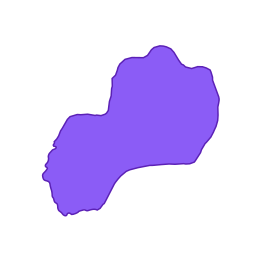 El Chol, Baja Verapaz, Guatemala (Robinson projection), rotated 72°
{"feature_id": "79465075B40581937082552", "entity_name": "El Chol", "entity_type": "district", "adm_level": 2, "iso_a3": "GTM", "parent_name": "Guatemala", "parent_adm1": "Baja Verapaz", "projection": "robinson", "projection_center": [-90.474, 14.95], "detail": "fine", "context": "isolated", "style": "filled", "palette": "violet", "viewbox_px": 256, "rotation_deg": 72, "n_neighbors": 0, "source": "geoboundaries", "source_scale": "gbopen_adm2", "svg_char_len": 2603}
<svg xmlns="http://www.w3.org/2000/svg" viewBox="0 0 256 256"><g transform="rotate(72 128 128)"><path d="M196.5,182.6L195.8,179.4L192.9,175.4L192.5,174.0L190.8,172.2L176.9,158.2L175.6,156.5L173.4,153.2L171.4,149.8L168.7,143.1L168.3,139.3L168.8,130.8L170.3,118.8L171.2,115.9L173.1,107.5L174.9,100.1L177.0,94.5L179.1,86.1L180.1,84.2L181.1,80.3L180.9,75.5L180.1,74.3L173.9,66.7L172.7,65.8L171.3,64.8L167.6,60.6L166.6,59.5L165.9,58.0L162.3,52.1L158.2,47.9L157.0,46.9L153.7,43.8L148.6,40.4L143.6,38.4L135.8,36.1L132.7,34.3L130.2,33.0L128.6,32.4L126.4,32.1L108.7,32.8L105.7,31.9L100.4,31.8L98.2,32.0L95.1,35.0L92.8,38.2L91.2,42.7L91.1,49.1L87.7,54.5L85.2,55.8L83.8,57.4L79.0,58.9L70.4,60.9L66.0,62.8L62.7,66.4L61.0,69.1L59.7,72.4L59.5,78.3L60.8,81.5L65.0,87.0L65.9,91.6L62.2,102.5L61.8,109.6L64.6,115.9L67.4,118.8L69.9,120.4L73.9,123.5L76.0,127.8L83.4,130.0L85.5,131.4L92.3,134.1L96.9,137.4L105.2,141.3L107.2,143.8L107.8,145.4L107.9,149.8L106.0,153.9L105.9,155.4L102.4,162.1L100.8,168.8L99.5,172.1L99.3,179.6L101.1,183.0L108.0,190.6L110.0,193.1L114.1,196.4L116.4,199.1L118.2,202.4L119.4,202.5L120.1,203.1L120.8,204.1L121.4,204.4L122.4,204.2L123.0,203.1L123.5,202.4L124.3,202.3L125.0,202.9L125.3,203.9L125.4,204.6L125.4,206.0L125.6,206.7L126.7,208.6L127.5,210.0L128.0,210.8L128.4,211.2L129.5,212.1L130.7,212.7L131.5,212.8L132.5,213.0L133.4,213.4L134.1,213.7L135.0,214.4L135.6,214.9L136.1,215.5L136.5,216.3L137.0,217.1L137.5,217.8L138.4,218.3L139.3,218.3L140.1,217.6L140.7,217.2L141.7,217.2L143.2,219.2L143.8,220.2L144.4,221.3L145.0,222.4L145.5,223.1L146.5,223.8L147.2,224.0L148.5,224.2L149.8,224.2L150.7,224.1L151.7,223.6L152.5,222.7L153.1,221.7L153.6,221.1L154.0,220.5L154.8,219.9L155.7,219.5L156.4,219.5L157.1,219.5L158.9,219.8L160.0,219.9L161.7,220.0L163.6,220.0L164.9,220.1L165.6,220.2L166.6,220.4L167.5,220.6L168.2,220.8L168.9,221.0L169.5,221.1L170.2,221.1L170.8,220.9L171.7,220.6L172.8,220.6L173.9,220.7L174.9,220.7L175.9,220.5L176.5,220.1L177.1,219.7L177.8,219.1L178.6,218.8L179.2,218.8L180.0,218.9L181.0,219.1L181.6,219.3L182.6,219.5L183.7,219.5L184.3,219.5L185.3,219.2L187.8,217.5L188.5,217.2L189.3,216.9L190.5,216.4L191.6,215.5L192.1,214.7L192.2,213.9L191.9,213.2L191.4,212.8L190.7,212.0L190.5,211.2L190.6,210.5L191.0,209.7L191.9,209.0L192.8,208.3L193.1,206.7L193.1,205.4L193.1,204.3L193.0,203.4L192.9,202.6L192.6,201.4L192.1,200.6L192.0,198.7L192.1,197.5L192.1,196.6L192.2,195.3L192.4,194.7L192.9,194.0L193.3,193.6L194.0,192.6L194.2,191.7L194.2,189.8L194.3,188.3L194.4,187.2L194.6,186.1L194.8,185.4L195.2,184.4L195.6,183.7L196.5,182.6Z" fill="#8b5cf6" stroke="#5b21b6" stroke-width="1.5"/></g></svg>